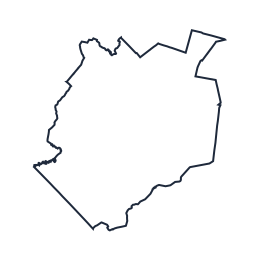 outline of Mālupes pag., Aluksne, Latvia, rotated 6°
{"feature_id": "27541924B23418807061987", "entity_name": "Mālupes pag.", "entity_type": "district", "adm_level": 2, "iso_a3": "LVA", "parent_name": "Latvia", "parent_adm1": "Aluksne", "projection": "albers", "projection_center": [27.242, 57.317], "detail": "fine", "context": "isolated", "style": "outline", "palette": "slate", "viewbox_px": 256, "rotation_deg": 6, "n_neighbors": 0, "source": "geoboundaries", "source_scale": "gbopen_adm2", "svg_char_len": 5355}
<svg xmlns="http://www.w3.org/2000/svg" viewBox="0 0 256 256"><g transform="rotate(6 128 128)"><path d="M181.3,24.1L180.1,31.4L177.5,47.1L163.0,43.7L161.1,43.4L158.4,42.7L154.9,42.1L150.2,41.1L149.2,40.7L147.1,42.9L145.4,44.3L142.3,47.2L141.8,47.8L141.3,48.2L134.9,54.3L132.7,56.4L128.8,52.5L128.0,52.7L120.7,46.5L111.7,39.1L111.6,38.7L110.3,39.9L109.7,40.7L109.1,42.1L109.2,42.4L109.3,42.5L109.9,42.5L110.4,42.7L110.8,42.9L110.9,43.1L110.9,43.4L110.6,44.6L110.8,45.7L110.9,46.4L110.7,46.8L110.2,47.4L109.2,49.2L108.8,49.7L108.0,50.0L107.6,50.2L107.3,50.5L107.2,50.8L106.9,51.8L106.7,52.2L106.7,52.4L106.7,52.6L108.1,54.8L108.3,55.2L108.2,55.3L108.1,55.6L107.8,55.7L106.7,55.8L106.1,56.0L105.0,56.7L104.5,57.2L104.3,57.0L103.9,57.1L103.7,56.8L103.5,56.7L103.3,56.4L103.3,56.0L103.1,55.8L102.5,55.9L102.4,55.8L102.4,55.2L102.3,54.8L102.4,54.7L102.5,54.8L103.0,54.8L103.1,54.6L103.1,54.4L102.8,54.2L102.6,54.2L102.4,54.2L102.1,54.5L101.9,54.5L101.8,54.4L101.9,53.8L101.9,53.6L101.7,53.6L101.7,53.9L101.5,54.0L101.0,53.7L100.8,53.3L100.6,52.9L100.7,52.5L100.2,52.0L99.9,52.0L99.8,52.3L99.7,52.4L99.4,52.3L99.3,52.7L99.1,52.8L98.4,53.0L98.1,52.9L97.4,52.4L96.9,51.6L96.3,51.1L95.0,51.0L94.2,50.6L93.6,50.5L93.0,50.0L91.9,49.7L91.3,49.1L91.1,48.7L90.9,48.1L90.6,46.7L90.4,46.3L89.5,45.7L88.0,44.9L87.8,44.3L87.9,43.6L84.2,42.5L83.4,43.9L83.0,44.3L82.2,44.4L80.1,44.3L78.7,47.4L76.3,47.1L73.0,46.9L71.4,50.0L71.4,50.3L71.4,51.1L71.8,51.9L72.0,53.2L72.6,54.9L74.1,58.3L74.4,59.0L75.7,60.4L76.5,62.3L77.1,62.8L75.7,65.8L74.8,70.0L72.1,73.7L72.2,73.8L69.7,77.4L68.3,79.7L68.2,79.6L62.5,88.1L62.5,88.4L62.1,88.5L64.7,90.3L67.0,92.3L66.8,92.5L65.8,94.0L65.5,95.3L65.0,96.1L64.8,96.7L64.3,97.4L63.3,98.2L63.0,98.7L62.9,99.5L62.4,100.1L61.7,102.0L61.1,103.0L59.5,104.2L57.5,107.6L56.0,108.8L55.8,109.0L55.3,111.7L55.1,112.1L53.6,113.1L53.4,114.7L53.4,114.8L54.0,116.4L54.2,117.6L54.6,118.1L55.2,119.1L55.2,119.4L55.0,120.9L56.2,123.3L56.3,124.3L56.7,125.6L56.7,125.9L56.3,126.8L54.9,128.8L54.4,129.9L54.3,130.3L54.5,130.6L54.6,132.5L52.3,135.5L49.6,138.2L49.7,140.1L49.6,142.5L49.2,147.1L49.2,148.8L49.4,149.5L49.5,149.7L49.5,149.8L52.9,151.5L53.3,152.6L54.1,152.3L54.1,152.5L54.2,153.1L54.4,153.2L54.8,153.2L55.0,153.0L55.6,153.1L55.4,153.6L55.0,153.7L55.1,154.0L55.3,154.2L55.5,154.2L55.9,154.1L56.2,153.9L56.5,153.6L56.9,153.8L56.9,154.1L57.1,154.3L58.3,154.6L58.4,154.8L58.2,155.0L58.3,155.2L59.0,155.3L59.3,155.2L60.2,155.8L60.7,155.2L61.3,154.8L61.9,154.9L62.5,155.2L63.4,156.2L63.4,156.4L63.1,156.8L63.4,157.1L63.7,157.1L63.9,157.5L64.0,157.8L63.9,158.1L63.8,158.3L63.4,158.9L63.5,159.3L63.5,159.7L61.4,161.5L60.5,162.5L59.2,164.3L59.0,164.8L58.8,165.1L58.4,165.4L58.3,165.6L58.3,165.9L58.5,166.3L58.9,166.8L59.4,167.8L59.4,168.2L59.2,168.9L59.0,169.3L58.6,169.5L58.5,169.4L58.1,169.2L57.8,168.9L57.6,168.7L58.0,168.2L57.8,167.7L57.7,167.4L57.7,166.6L57.5,166.4L57.3,166.4L56.6,166.9L55.8,167.8L55.4,168.1L55.2,168.3L54.8,168.2L54.5,168.5L54.5,168.8L54.5,169.0L54.8,169.3L54.8,169.5L54.7,169.7L54.3,169.5L54.2,169.4L53.8,169.0L53.5,168.9L53.2,169.0L52.8,169.4L52.6,169.6L52.6,169.8L52.8,170.4L52.9,170.6L52.7,170.9L52.2,170.8L51.4,170.4L51.1,170.1L50.7,170.1L50.2,169.9L50.1,169.7L49.8,169.6L49.6,169.5L49.2,169.8L49.1,170.2L49.5,170.4L49.6,170.5L49.7,171.0L49.6,171.3L49.8,171.7L50.0,171.9L50.4,171.7L50.6,171.7L50.6,172.0L50.2,172.3L49.5,172.0L49.0,171.9L48.4,172.0L48.0,171.6L47.1,170.5L47.0,170.4L46.6,170.7L46.5,170.9L46.6,171.7L46.5,172.0L46.4,172.1L46.0,172.2L45.6,172.2L45.6,172.5L45.5,172.8L45.3,173.0L44.6,173.1L44.4,173.0L44.0,173.0L43.7,172.8L43.4,172.2L43.2,172.0L42.9,172.0L42.7,172.3L42.8,172.5L42.7,172.8L42.9,173.5L43.7,174.1L43.8,174.3L43.7,174.5L43.0,173.9L42.8,173.9L42.6,173.9L42.0,174.3L41.7,174.4L40.5,174.3L38.9,174.6L38.6,174.8L38.7,175.1L38.9,175.2L39.7,175.2L39.8,175.4L39.9,175.7L39.5,176.0L38.6,176.3L38.5,176.5L38.8,176.7L56.7,191.5L60.4,194.7L66.1,199.4L69.9,202.8L77.7,209.3L98.0,226.8L102.0,230.4L103.7,231.8L103.8,231.9L103.9,231.3L104.0,231.0L105.7,229.0L107.5,228.0L111.4,224.7L111.7,224.7L117.3,226.4L118.5,227.8L118.6,228.1L117.8,229.1L117.8,229.3L119.3,231.2L120.4,231.7L120.7,231.7L123.1,230.2L123.3,230.3L123.6,230.5L124.9,229.4L127.7,228.2L131.6,227.0L136.1,225.5L136.2,225.2L137.0,220.4L136.8,219.8L136.4,217.2L136.3,215.4L135.2,212.8L136.3,209.9L137.5,208.4L139.2,207.8L139.9,207.3L140.1,206.9L139.7,205.4L141.0,203.8L142.5,203.5L142.7,203.3L143.8,202.8L145.8,202.8L146.1,202.5L147.9,199.9L152.5,197.1L157.2,191.1L159.1,186.5L158.9,186.3L159.0,186.2L159.4,185.7L159.6,185.2L160.0,185.4L160.3,185.2L160.2,184.9L160.3,184.8L160.5,184.8L160.5,184.3L160.9,184.0L161.2,184.0L161.4,184.3L161.5,184.2L161.5,183.9L161.8,184.0L161.9,183.7L161.9,183.2L163.0,182.3L164.8,181.4L171.4,182.0L174.4,181.1L176.2,180.5L180.5,176.7L184.6,175.9L185.4,175.4L185.8,174.9L186.0,174.0L185.8,171.8L185.9,171.3L186.1,170.8L193.4,160.8L193.9,160.4L212.7,154.8L216.1,152.1L216.2,141.2L216.5,133.6L216.4,116.2L216.6,111.7L216.7,102.6L216.6,98.5L217.5,95.7L215.5,95.4L217.5,93.3L217.5,93.0L217.5,92.8L215.8,87.7L213.5,80.9L213.2,79.8L211.5,75.1L210.2,71.1L189.7,69.6L190.8,60.6L190.9,60.4L191.0,59.8L193.0,53.9L194.0,52.9L194.7,53.2L200.3,43.7L200.3,43.8L201.7,41.4L201.8,41.3L202.4,40.3L206.0,34.1L206.5,33.0L210.6,31.7L215.3,30.0L214.8,29.6L201.1,27.3L192.7,26.1L191.1,25.3L181.3,24.1Z" fill="none" stroke="#1e293b" stroke-width="2"/></g></svg>